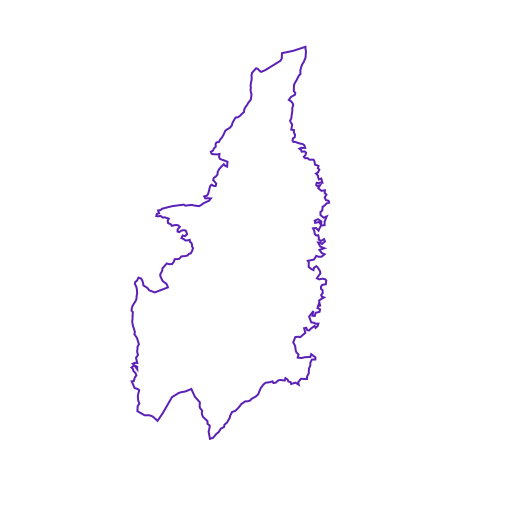 the district of São Miguel das Missões, Rio Grande do Sul, Brazil, rotated 218°
{"feature_id": "56859067B69818070021581", "entity_name": "São Miguel das Missões", "entity_type": "district", "adm_level": 2, "iso_a3": "BRA", "parent_name": "Brazil", "parent_adm1": "Rio Grande do Sul", "projection": "orthographic", "projection_center": [-54.507, -28.703], "detail": "fine", "context": "isolated", "style": "outline", "palette": "violet", "viewbox_px": 512, "rotation_deg": 218, "n_neighbors": 0, "source": "geoboundaries", "source_scale": "gbopen_adm2", "svg_char_len": 6123}
<svg xmlns="http://www.w3.org/2000/svg" viewBox="0 0 512 512"><g transform="rotate(218 256 256)"><path d="M176.9,265.2L179.1,264.5L180.6,265.3L180.6,267.9L182.6,270.1L184.5,270.1L185.9,271.8L186.1,273.9L184.8,275.4L183.6,276.7L185.5,279.9L187.3,280.3L189.7,279.0L191.8,276.5L194.3,275.9L194.5,278.6L194.5,281.8L196.1,283.4L198.6,284.4L200.5,285.0L202.2,285.1L203.1,282.4L202.0,280.3L204.3,279.8L207.8,279.8L210.4,283.4L212.2,284.1L208.1,288.9L208.6,293.2L206.1,294.0L204.0,295.7L203.0,299.6L206.1,298.8L209.8,299.9L206.9,304.2L211.1,303.0L215.4,304.9L213.6,306.1L211.4,306.1L210.6,309.9L212.8,311.2L213.9,308.1L216.7,307.5L217.7,309.1L219.7,310.7L221.1,309.3L223.1,309.4L225.3,311.5L228.1,312.9L225.9,315.0L222.3,314.5L222.9,316.4L223.5,320.1L220.9,322.5L223.1,325.3L224.6,330.8L226.2,327.9L230.3,327.9L232.3,330.3L231.8,332.6L233.8,335.8L233.0,338.0L232.8,340.7L231.2,343.1L232.7,344.2L235.3,343.1L237.9,344.4L238.3,347.7L240.7,348.0L242.2,350.2L244.6,347.6L248.7,347.8L249.1,351.3L250.7,348.8L252.3,349.0L253.2,351.1L251.6,351.9L250.4,353.6L248.8,354.7L252.3,357.2L253.5,355.1L255.1,356.0L256.7,357.5L259.5,357.9L258.6,359.9L259.2,363.0L261.3,363.3L262.1,365.4L263.7,365.1L265.7,364.3L268.1,366.5L270.0,367.3L273.4,364.7L275.6,364.9L277.4,363.3L279.4,363.6L279.2,366.3L280.2,368.3L282.2,368.3L284.2,366.3L286.0,367.4L287.8,367.3L287.0,369.1L285.3,370.2L283.8,371.5L286.1,373.0L288.3,372.9L290.5,371.7L292.9,370.8L295.2,370.2L296.8,368.9L298.4,369.6L299.3,371.4L298.6,373.4L300.0,375.7L302.2,376.6L303.6,378.6L306.0,377.3L307.4,380.0L308.5,381.9L310.8,382.7L312.4,383.6L313.1,386.6L314.5,388.7L315.6,390.8L316.9,393.0L318.4,394.7L319.6,397.9L321.1,398.9L323.6,399.5L326.2,399.2L326.4,402.3L325.7,404.6L324.6,406.9L325.4,408.7L327.7,409.2L331.4,414.2L332.0,417.1L332.3,419.7L332.8,422.0L333.3,424.6L333.0,426.7L334.2,428.2L335.5,429.9L336.7,432.6L337.5,435.2L337.9,438.5L339.1,442.8L342.5,447.9L344.5,449.7L345.8,451.3L353.0,440.6L360.4,431.8L357.2,427.4L357.0,424.7L363.1,408.2L364.2,406.2L365.3,404.2L368.0,404.2L369.7,404.6L371.5,404.0L371.7,400.5L371.9,397.9L370.8,395.7L369.0,393.6L367.8,391.9L366.6,389.4L365.3,387.1L363.6,385.3L362.7,383.8L361.2,382.1L359.3,380.9L357.9,378.8L356.4,376.0L356.4,372.0L356.0,369.3L356.0,367.2L355.6,364.5L354.1,362.0L354.6,359.4L354.9,356.5L355.6,354.3L357.3,352.6L357.0,349.6L356.5,346.5L355.4,343.8L355.5,341.4L356.1,339.4L356.9,337.6L357.3,335.5L356.7,333.4L356.2,331.3L355.8,328.4L356.0,325.9L355.4,323.1L357.1,321.2L356.7,319.2L355.0,317.3L355.4,314.7L354.8,312.6L355.8,310.3L353.8,309.2L351.4,310.5L349.1,312.2L347.6,313.9L346.1,311.3L344.1,310.3L339.6,311.8L336.5,312.7L334.9,310.3L333.8,308.6L335.7,308.1L337.9,308.5L338.3,305.3L338.5,301.8L338.0,298.8L336.5,296.4L336.5,294.4L337.3,291.5L336.4,289.3L334.1,289.1L331.8,288.5L330.9,286.3L332.4,285.2L335.0,284.8L335.1,282.8L334.4,281.0L333.1,278.3L332.0,275.5L331.8,273.2L333.5,271.1L331.4,270.2L329.6,271.8L327.0,273.6L327.0,270.6L328.6,267.7L329.8,265.3L330.7,262.1L331.6,260.2L333.6,259.0L335.4,258.0L338.0,256.7L340.5,254.4L342.6,252.2L344.5,252.0L346.4,250.1L352.7,243.7L359.1,235.5L359.5,233.4L361.2,231.6L358.7,230.0L360.0,228.1L359.2,226.1L357.5,227.0L356.0,228.8L353.1,228.9L351.7,230.3L347.7,231.7L347.3,229.4L345.5,227.8L342.9,228.5L340.8,228.0L339.6,229.7L337.9,231.4L335.9,232.3L334.0,232.1L334.1,228.6L332.9,227.0L331.2,227.5L330.6,229.7L329.3,231.5L327.2,232.8L325.5,232.0L323.7,230.6L324.2,227.9L326.4,227.0L325.8,224.2L323.5,224.8L321.2,224.8L319.6,226.1L318.2,227.9L316.7,226.5L315.0,226.6L313.4,225.5L312.2,224.1L310.5,223.5L309.4,220.4L309.0,217.9L310.2,216.4L310.2,214.4L311.7,212.4L313.3,210.9L314.6,209.7L314.6,207.8L315.0,206.0L316.5,204.8L318.1,203.4L317.2,200.7L317.2,197.9L319.6,196.0L321.7,195.2L321.9,192.3L322.1,188.6L321.0,187.0L320.5,185.0L320.3,182.9L319.1,181.3L314.4,178.9L312.2,178.8L309.7,179.0L307.7,178.1L306.1,177.0L313.4,164.9L315.0,164.5L319.0,163.2L321.5,163.9L323.9,163.8L326.6,163.5L328.3,165.1L329.9,166.3L332.5,167.5L335.3,166.6L334.6,163.2L335.2,161.2L334.1,159.3L331.6,158.2L329.8,156.8L326.7,153.5L325.4,150.9L323.9,148.8L323.2,146.6L322.9,143.4L322.5,140.5L321.7,138.3L320.4,136.3L318.4,135.9L316.7,133.2L314.9,130.9L313.2,128.1L311.0,126.1L309.1,124.6L307.6,123.7L304.5,121.4L303.7,119.5L301.8,118.9L299.5,118.2L296.8,116.4L293.9,114.3L293.5,111.5L292.4,110.1L290.7,107.3L288.0,105.3L287.9,101.9L283.7,98.6L285.8,97.1L286.8,95.2L284.4,94.9L285.5,91.5L283.5,91.2L281.8,89.9L278.9,89.6L276.7,88.2L276.8,86.0L275.3,82.1L276.8,80.7L270.3,77.2L267.3,78.4L265.5,78.4L264.0,75.1L263.0,73.0L260.1,69.8L257.1,67.9L256.8,64.8L253.9,60.7L245.7,61.9L242.5,64.5L240.0,65.6L238.1,65.9L232.1,65.5L232.7,74.6L235.3,93.0L232.6,100.4L231.2,102.5L228.3,105.7L225.1,111.4L217.6,107.5L210.1,106.1L207.7,102.6L206.2,101.6L203.2,101.0L201.9,98.7L200.3,97.4L198.4,96.5L192.8,96.1L190.8,93.9L188.2,93.9L187.1,92.6L185.2,88.4L179.7,83.6L177.9,86.4L177.7,91.7L177.0,93.9L177.4,98.3L175.9,101.5L177.0,103.7L176.3,106.9L177.1,112.5L178.1,114.5L178.8,118.3L176.9,121.3L176.3,126.6L176.5,130.0L175.0,134.8L173.2,136.3L171.6,138.6L171.6,140.6L169.6,145.3L169.1,148.3L170.0,151.3L171.0,155.1L171.0,159.2L170.5,161.9L167.4,165.1L165.8,167.4L164.1,166.6L162.5,168.3L161.9,171.6L160.5,173.3L156.7,175.5L157.6,177.9L154.8,178.0L153.3,177.0L151.1,178.0L149.5,176.8L146.9,180.5L143.1,180.9L145.0,182.4L145.0,186.9L140.1,190.4L141.5,192.3L142.2,196.0L145.0,199.9L145.7,203.0L147.5,205.4L148.2,208.8L145.5,211.0L146.8,212.7L152.1,212.6L151.0,209.9L155.2,206.3L157.3,203.6L160.6,201.6L161.9,204.6L164.7,204.9L166.5,206.0L169.8,209.2L173.5,210.9L175.1,216.3L172.9,218.5L171.2,219.2L169.8,225.8L173.6,228.7L172.2,230.4L169.9,229.1L168.3,230.0L168.1,232.3L166.8,237.0L164.8,236.0L164.3,238.7L165.2,241.1L167.1,239.5L169.3,239.0L171.6,237.7L173.7,239.0L176.8,240.9L176.9,248.0L174.7,243.7L172.8,244.9L174.0,248.0L171.6,251.1L172.6,253.4L175.6,252.9L176.8,256.3L174.3,255.9L177.4,258.3L178.9,259.8L178.1,262.2L176.9,265.2ZM223.5,320.1L225.6,321.2L227.2,321.6L229.8,318.5L231.5,320.0L229.8,323.2L225.8,323.5L223.5,320.1ZM284.4,94.9L281.5,95.6L279.8,93.6L284.4,94.9Z" fill="none" stroke="#5b21b6" stroke-width="2"/></g></svg>